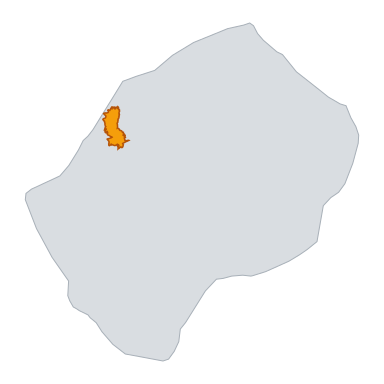 Senekane, Berea, Lesotho (highlighted)
{"feature_id": "5366337B41059399300258", "entity_name": "Senekane", "entity_type": "district", "adm_level": 2, "iso_a3": "LSO", "parent_name": "Lesotho", "parent_adm1": "Berea", "projection": "mercator", "projection_center": [27.679, -29.225], "detail": "fine", "context": "in_parent", "style": "filled", "palette": "amber", "viewbox_px": 384, "rotation_deg": 0, "n_neighbors": 0, "source": "geoboundaries", "source_scale": "gbopen_adm2", "svg_char_len": 6285}
<svg xmlns="http://www.w3.org/2000/svg" viewBox="0 0 384 384"><path d="M265.5,271.7L252.7,275.7L250.9,276.1L242.7,275.2L231.7,276.1L223.1,278.4L216.4,279.2L205.4,290.9L185.6,322.5L180.3,329.1L178.8,341.6L174.2,351.4L168.6,359.1L163.0,361.0L146.5,357.9L125.3,354.0L112.9,344.4L102.0,331.8L96.2,322.7L90.1,317.7L88.0,314.9L79.4,310.7L76.1,308.5L73.3,307.0L69.8,300.9L67.8,295.7L68.6,281.0L62.5,272.3L52.1,257.4L45.5,245.2L36.5,228.6L31.0,214.4L25.3,199.7L26.0,193.4L31.5,189.1L47.5,181.7L59.9,175.9L68.8,165.5L78.5,149.9L83.2,140.5L87.9,136.2L93.0,129.6L102.0,115.0L112.1,98.7L122.8,81.3L136.3,76.3L154.7,70.4L172.5,55.3L193.6,42.5L227.7,28.6L243.6,25.1L249.7,23.0L253.5,25.7L257.6,33.6L263.4,40.3L276.8,51.8L282.5,54.6L296.4,71.8L311.3,83.5L328.4,97.1L340.1,103.9L346.0,105.7L350.9,117.8L355.9,126.7L358.7,135.1L358.2,143.3L352.8,163.3L344.9,183.7L338.6,192.3L330.8,197.6L323.3,205.7L320.4,222.2L317.0,241.6L307.2,249.5L299.5,254.8L288.9,261.2L265.5,271.7Z" fill="#d9dde1" stroke="#a8b0b8" stroke-width="1"/><path d="M118.0,149.0L118.6,148.4L118.8,148.3L119.1,148.3L119.2,148.2L119.5,147.4L119.9,147.3L120.1,147.5L120.3,147.4L120.4,147.2L120.5,147.0L121.0,147.2L121.4,147.1L121.7,147.2L121.8,147.6L122.0,147.6L122.6,147.2L122.7,146.8L123.0,146.3L123.1,146.0L123.0,145.7L123.3,145.0L123.4,144.8L123.3,144.7L122.7,143.8L122.6,143.5L126.3,141.5L127.1,141.3L127.7,140.9L128.3,140.7L128.9,140.4L128.7,140.3L128.1,140.4L127.8,140.4L127.8,140.5L127.7,140.6L127.4,140.5L127.1,140.8L126.5,140.7L125.6,140.4L125.0,140.5L124.7,140.2L124.7,139.8L124.7,139.4L124.3,138.2L124.4,137.8L124.4,137.3L124.5,137.4L124.7,137.6L124.7,137.9L124.8,137.9L125.0,137.6L125.3,137.5L125.2,137.3L125.3,137.2L125.1,136.8L124.9,136.7L124.9,136.2L124.6,135.7L124.9,135.5L125.2,135.5L125.2,135.4L124.7,135.2L124.3,135.1L124.1,135.1L124.0,135.4L123.9,135.5L123.6,135.4L123.4,135.4L123.2,135.3L123.1,135.2L123.4,135.0L123.5,135.1L123.8,135.0L123.8,134.9L124.0,134.8L124.3,134.5L124.3,134.3L124.4,134.2L124.1,133.9L123.8,133.7L123.4,133.7L123.4,132.3L122.7,132.1L122.4,132.2L122.2,131.9L122.0,131.4L121.8,131.1L121.4,130.8L120.8,130.6L120.7,130.5L120.1,130.4L119.8,130.4L119.7,130.3L119.6,130.1L119.6,129.9L119.3,129.6L119.4,129.4L119.2,129.1L119.0,128.9L118.8,128.7L118.5,128.5L118.1,128.3L117.5,128.1L117.3,128.2L117.6,126.7L117.5,126.3L117.5,126.1L117.4,126.0L117.4,125.6L117.5,125.5L117.5,125.2L117.5,124.6L117.3,124.3L117.1,123.8L117.1,123.2L117.4,122.7L117.5,122.7L117.6,122.4L117.9,122.1L117.9,121.5L117.8,121.4L117.7,121.0L117.8,120.9L117.8,120.7L118.0,120.5L118.0,120.3L118.1,120.1L118.0,119.9L118.0,119.7L117.9,119.6L117.9,119.4L118.1,119.2L118.4,118.8L118.3,118.7L118.3,118.4L118.7,118.1L118.7,117.9L118.8,117.8L118.9,117.7L119.0,116.9L118.9,116.7L119.1,116.4L119.1,116.2L118.9,116.1L119.0,115.7L119.1,115.4L119.4,115.0L119.4,114.7L119.2,114.5L119.3,114.4L119.2,114.3L119.1,114.2L119.2,113.9L119.0,113.7L119.2,113.4L119.1,113.1L119.1,112.8L119.0,112.6L119.1,112.0L119.2,111.9L119.4,111.7L119.5,111.6L119.5,111.3L119.5,110.9L119.5,110.7L119.3,110.3L119.2,110.2L119.3,110.1L119.1,110.0L119.0,109.8L119.1,109.5L119.0,109.4L118.9,109.2L118.6,109.2L118.6,108.9L118.2,108.7L118.1,108.2L118.2,107.8L118.5,107.7L118.5,107.4L118.4,107.2L118.0,107.0L117.8,106.7L117.7,106.6L117.4,107.1L117.5,107.3L117.7,107.2L117.8,107.7L117.7,107.8L117.4,107.8L117.6,108.1L117.4,108.2L117.2,107.9L116.9,107.7L116.7,107.3L116.4,107.2L116.2,107.1L115.9,107.2L115.4,107.5L115.3,107.8L115.5,107.9L115.6,108.0L115.3,108.1L115.2,108.2L115.2,108.4L115.3,108.7L115.3,108.8L114.9,108.9L114.6,108.3L114.4,108.0L114.4,107.6L114.2,107.0L113.9,107.0L113.4,107.3L113.5,107.5L113.7,107.8L113.7,108.0L113.1,108.0L113.0,107.8L112.6,107.5L112.4,107.2L112.2,106.9L111.9,106.9L111.6,107.2L111.4,107.4L111.3,107.5L111.6,108.4L111.9,108.4L112.0,108.4L111.9,108.8L111.6,108.6L111.4,108.6L111.2,108.5L110.6,108.7L110.6,108.9L110.2,109.7L110.0,110.2L109.9,110.4L109.7,110.4L109.3,110.3L108.8,109.9L108.2,109.8L108.0,110.0L107.8,110.3L107.8,110.6L108.0,110.8L108.5,111.0L108.4,111.7L108.4,112.2L108.1,112.5L107.8,112.7L107.2,112.8L106.6,112.9L106.1,113.2L105.8,113.1L105.4,112.9L105.0,112.9L103.7,113.4L103.6,113.5L103.9,114.0L104.6,114.8L104.9,115.0L105.2,115.1L105.5,115.6L105.8,115.9L105.9,116.0L105.8,116.8L105.7,117.4L105.5,117.9L104.3,118.4L103.5,118.6L103.1,118.9L102.9,119.0L103.1,119.0L102.9,119.3L103.1,119.7L103.1,119.9L103.4,120.1L103.6,120.3L103.8,120.7L104.2,120.9L104.2,121.2L104.3,121.4L104.5,121.4L104.6,121.6L104.7,122.1L104.6,122.3L104.7,122.5L104.8,122.7L104.8,123.2L105.1,123.7L104.9,124.3L105.0,124.7L105.0,125.0L105.2,125.4L105.3,125.9L105.4,126.0L105.4,126.3L105.5,126.4L105.6,126.5L105.8,126.7L105.3,127.2L105.2,127.5L104.9,128.5L104.5,129.8L104.9,129.7L105.2,129.6L105.3,129.5L105.7,129.4L105.9,129.2L106.0,128.9L106.3,129.0L106.3,129.3L106.2,129.4L105.9,129.7L105.9,129.8L105.7,129.9L105.5,130.5L105.0,130.7L105.1,131.1L105.0,131.3L105.0,131.7L105.2,132.3L105.4,132.5L105.8,132.6L106.0,132.8L106.4,132.0L106.6,131.8L107.0,131.7L107.3,131.6L107.3,131.9L107.4,132.1L107.7,132.6L107.5,133.1L107.6,133.3L107.4,133.7L107.3,134.2L107.6,134.5L107.7,134.9L108.7,135.4L109.1,135.4L110.7,136.6L111.3,136.7L111.9,136.9L112.1,137.2L111.8,137.3L111.5,137.6L111.2,137.7L111.1,137.8L110.0,138.2L109.5,138.4L108.9,138.5L108.7,138.7L108.1,138.9L107.3,138.9L107.2,139.1L107.2,139.4L107.3,139.5L107.6,139.7L107.7,139.9L108.0,140.1L108.1,140.4L108.3,140.6L108.6,140.9L108.8,141.3L109.1,142.0L109.1,142.3L108.9,142.6L108.9,142.8L109.0,143.1L109.0,143.4L108.7,143.8L108.8,144.8L108.8,145.2L108.9,145.4L109.1,145.6L109.3,145.7L109.5,145.6L109.8,145.5L109.9,145.4L110.0,145.3L110.1,145.2L110.3,145.1L110.4,144.9L110.7,144.8L111.2,144.9L111.3,144.8L111.4,144.6L111.4,144.2L111.6,144.3L111.7,144.5L112.0,145.0L112.5,144.8L112.8,144.8L114.0,145.4L114.4,145.5L114.8,145.6L115.1,145.6L115.4,145.3L115.6,145.2L116.1,145.2L116.4,144.9L116.8,144.9L117.0,144.4L117.3,144.2L117.5,144.4L117.6,144.6L117.8,144.7L118.3,144.6L118.5,144.7L118.5,145.1L118.7,145.3L118.8,145.4L118.7,145.5L118.4,145.4L117.8,145.5L117.5,145.7L117.4,145.8L117.4,146.0L117.5,146.2L117.9,146.1L118.1,146.1L118.3,146.0L118.6,146.0L118.5,146.8L118.5,147.0L118.6,147.3L118.2,147.4L118.1,147.5L118.4,147.8L118.4,148.0L118.0,148.7L118.0,149.0Z" fill="#f59e0b" stroke="#b45309" stroke-width="1.5"/></svg>